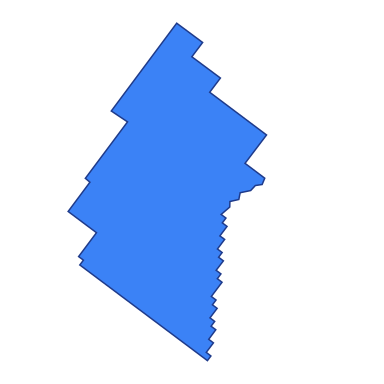 Treasure, Montana, United States of America (orthographic projection), rotated 217°
{"feature_id": "52423323B86233996711525", "entity_name": "Treasure", "entity_type": "district", "adm_level": 2, "iso_a3": "USA", "parent_name": "United States of America", "parent_adm1": "Montana", "projection": "orthographic", "projection_center": [-107.432, 46.176], "detail": "fine", "context": "isolated", "style": "filled", "palette": "blue", "viewbox_px": 384, "rotation_deg": 217, "n_neighbors": 0, "source": "geoboundaries", "source_scale": "gbopen_adm2", "svg_char_len": 787}
<svg xmlns="http://www.w3.org/2000/svg" viewBox="0 0 384 384"><g transform="rotate(217 192 192)"><path d="M78.2,66.6L78.2,72.4L84.1,72.5L84.1,84.4L90.0,84.4L90.1,96.3L96.0,96.3L96.0,102.3L101.9,102.3L101.9,114.2L107.8,114.2L107.8,120.2L113.7,120.2L113.7,138.0L119.6,138.0L119.6,144.0L125.6,144.0L125.5,155.9L131.5,155.9L131.5,161.8L137.4,161.8L137.4,173.8L143.3,173.7L143.3,185.6L149.2,185.6L149.2,191.6L155.2,191.6L152.8,202.7L156.0,207.2L150.1,214.2L153.1,220.4L146.0,228.5L145.3,235.3L140.5,240.2L142.2,246.8L166.9,246.8L166.8,282.4L237.9,282.3L237.9,300.1L273.5,299.9L273.5,317.8L305.8,317.6L305.8,313.8L305.2,208.1L285.7,209.2L285.4,138.7L279.4,138.4L279.2,101.9L243.8,102.0L243.7,72.2L237.7,72.2L237.7,66.2L78.2,66.6Z" fill="#3b82f6" stroke="#1e3a8a" stroke-width="1.5"/></g></svg>